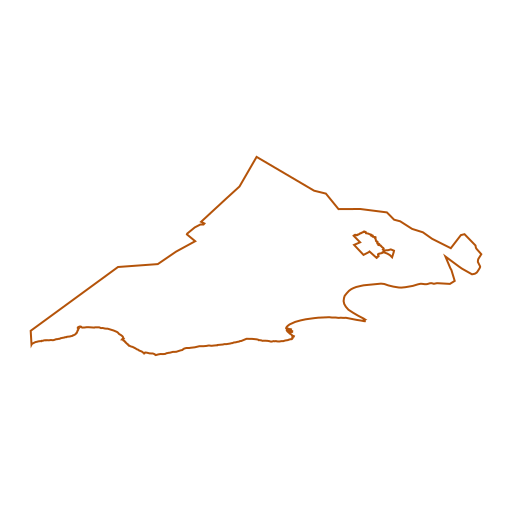 Sveitarfélagið Ölfus, Suðurland, Iceland (Natural Earth projection)
{"feature_id": "244011B93058264602287", "entity_name": "Sveitarfélagið Ölfus", "entity_type": "district", "adm_level": 2, "iso_a3": "ISL", "parent_name": "Iceland", "parent_adm1": "Suðurland", "projection": "natural_earth1", "projection_center": [-21.424, 63.983], "detail": "fine", "context": "isolated", "style": "outline", "palette": "amber", "viewbox_px": 512, "rotation_deg": 0, "n_neighbors": 0, "source": "geoboundaries", "source_scale": "gbopen_adm2", "svg_char_len": 5911}
<svg xmlns="http://www.w3.org/2000/svg" viewBox="0 0 512 512"><path d="M176.1,251.6L157.8,264.1L118.0,267.0L30.7,330.8L31.5,344.6L31.6,344.4L31.9,344.1L32.2,343.7L32.4,343.6L35.4,342.1L37.3,341.7L38.2,341.4L40.4,341.1L41.4,341.2L41.7,340.8L42.8,340.8L43.9,340.4L45.3,340.2L45.9,340.4L46.2,340.2L47.1,340.2L48.9,340.3L50.9,340.0L52.7,340.2L53.7,340.1L55.1,339.6L55.3,339.5L56.1,339.3L56.2,339.2L57.6,339.1L58.9,338.8L59.7,338.8L60.4,338.3L61.3,338.1L63.3,337.7L63.9,337.7L64.7,337.3L65.7,337.2L66.2,337.0L66.5,337.1L66.7,336.9L67.6,336.7L69.8,336.5L71.2,336.1L72.0,336.0L73.0,335.5L73.0,335.4L73.9,335.1L75.2,334.4L75.7,334.0L76.1,333.4L76.5,333.2L76.6,332.7L76.9,332.5L77.5,331.0L77.7,330.7L77.8,330.5L77.7,330.3L78.1,329.9L78.2,329.3L78.8,328.4L77.8,328.0L77.8,327.5L78.3,327.1L79.4,326.6L80.3,326.5L80.9,326.6L81.2,326.8L81.2,327.2L82.4,327.6L84.5,327.5L86.7,327.2L88.6,327.2L94.3,327.6L95.0,327.3L99.1,327.3L101.0,328.1L102.7,328.0L105.2,328.6L107.7,328.7L113.6,330.5L116.9,331.9L117.9,332.6L119.1,334.0L121.0,335.1L122.4,336.2L122.9,336.9L123.4,338.2L123.7,338.6L123.1,338.9L122.6,339.0L122.2,339.2L122.2,339.4L122.1,339.5L122.8,339.6L122.9,339.8L123.3,340.2L123.6,340.7L124.3,340.9L124.8,341.3L125.0,341.8L125.3,341.9L125.4,342.2L125.7,342.4L125.8,342.7L126.1,342.8L127.1,343.9L127.7,344.1L128.0,344.8L129.0,345.4L129.0,345.7L129.7,345.9L131.3,346.6L132.7,346.9L133.3,347.3L134.5,347.8L134.6,348.0L135.2,348.2L136.9,349.3L138.3,349.8L139.1,350.5L141.2,351.3L141.9,351.6L143.1,352.6L143.9,352.9L144.2,353.5L144.4,353.4L144.4,352.9L145.0,352.6L145.3,352.5L146.9,352.7L149.7,353.4L152.8,353.5L154.2,354.0L155.2,354.6L155.4,355.0L155.7,355.1L158.3,354.4L160.6,354.0L163.0,354.1L165.2,353.9L166.6,353.2L167.5,353.1L168.6,352.8L169.9,352.7L172.8,351.9L176.2,351.8L180.5,350.4L182.3,350.0L182.6,349.8L182.9,349.4L183.5,349.1L184.1,348.6L186.3,348.0L189.3,348.0L190.4,347.8L194.8,347.3L199.4,346.2L203.5,346.2L206.7,345.9L208.5,345.5L209.3,345.5L210.5,345.7L211.7,345.8L214.2,345.5L216.7,345.3L217.2,345.3L217.4,345.0L223.0,344.5L224.4,344.1L226.6,344.1L230.4,343.5L231.3,343.2L232.4,343.1L233.8,342.5L235.8,342.3L237.2,341.9L239.0,341.6L239.9,341.1L241.2,341.0L246.5,338.8L252.3,338.9L256.4,339.3L257.9,339.6L258.5,339.9L258.8,340.2L259.4,340.1L261.4,340.4L262.4,340.8L263.8,340.7L267.1,340.8L269.6,341.2L270.3,341.5L271.6,341.6L273.7,341.1L274.8,341.3L275.5,341.1L276.1,341.1L277.0,341.4L279.4,341.5L281.6,341.1L283.4,341.1L285.2,340.5L287.9,340.1L288.8,339.7L290.6,339.2L291.6,339.2L292.2,338.8L292.5,338.3L292.2,338.0L292.2,337.9L292.4,337.3L293.7,336.7L293.9,336.2L292.7,335.7L292.5,335.8L292.1,335.7L291.6,334.7L290.1,333.8L289.7,333.5L289.6,333.1L289.6,332.9L292.2,331.6L292.2,331.2L291.9,331.2L291.9,331.5L291.0,332.0L290.8,332.0L289.5,332.7L289.0,332.8L288.3,332.2L288.1,332.0L289.1,331.8L289.3,331.6L288.4,331.8L288.3,331.5L288.4,331.2L288.6,331.3L288.6,331.1L287.3,330.9L287.2,330.8L287.1,330.6L287.7,330.5L287.0,330.3L287.0,330.1L287.3,329.9L289.5,330.5L289.7,330.3L287.6,329.7L287.6,329.2L287.4,329.6L286.8,329.6L287.0,328.7L287.6,328.7L287.6,329.0L287.8,328.7L290.6,329.5L290.4,330.3L290.1,331.0L290.3,331.1L290.3,330.9L290.8,331.1L290.6,330.8L291.0,329.3L290.7,329.2L290.5,329.4L286.2,328.1L286.3,327.6L286.8,326.8L287.8,325.8L289.5,324.5L290.1,324.2L295.2,321.9L300.6,320.4L305.7,319.3L314.5,318.1L318.2,317.7L329.2,317.2L331.7,317.5L335.4,317.5L338.6,317.9L340.8,317.7L343.3,317.9L346.0,317.8L356.7,319.9L361.3,320.6L364.3,321.2L364.8,321.2L364.8,320.7L364.3,320.2L363.9,319.6L364.9,319.4L363.7,318.6L358.1,315.7L353.0,312.7L348.4,309.7L345.8,306.7L344.2,303.9L343.6,301.1L344.0,298.0L344.7,295.8L346.7,293.3L349.0,290.8L351.2,289.2L353.4,288.1L356.2,287.0L361.3,285.8L363.7,285.3L380.3,283.7L381.6,283.7L384.3,284.0L388.3,285.4L393.3,286.6L398.8,287.5L401.3,287.6L405.3,287.2L412.8,285.9L417.7,284.4L420.3,283.8L421.7,283.8L424.9,284.2L426.2,284.2L427.1,284.1L428.2,283.8L429.8,283.3L430.8,283.2L431.7,283.2L433.9,283.8L436.8,283.2L437.7,283.2L449.9,283.9L454.7,280.9L451.4,270.0L450.3,268.1L445.4,256.5L458.9,266.5L461.9,268.6L472.0,274.3L474.6,273.8L475.3,273.5L476.8,272.5L478.0,270.8L479.6,268.2L480.1,267.1L480.1,266.4L477.9,262.0L477.9,261.2L478.0,260.1L478.3,259.0L481.3,254.2L477.1,249.5L476.2,248.4L475.8,247.3L475.5,245.5L464.5,234.2L460.9,235.1L450.8,248.2L432.1,238.8L422.9,232.3L412.1,228.9L400.2,221.3L394.1,219.7L386.9,212.4L360.3,209.0L338.5,209.1L325.9,193.6L314.1,190.7L256.6,156.9L239.5,186.5L226.2,198.6L201.1,221.8L204.4,223.5L203.5,224.5L200.4,224.5L194.8,227.4L187.2,233.6L186.9,234.4L195.2,241.2L176.1,251.6ZM364.9,232.0L365.6,231.9L365.8,232.2L366.0,233.2L368.3,233.6L369.5,234.2L370.8,234.5L371.0,234.6L370.8,235.1L370.8,235.3L371.2,235.7L372.3,235.4L372.7,235.5L372.8,235.6L372.8,235.8L372.4,236.1L372.3,236.3L372.7,236.7L374.2,237.0L375.0,237.0L375.5,237.2L375.5,237.4L375.1,238.1L375.5,238.3L375.4,238.7L375.6,239.1L375.6,239.3L375.9,239.9L375.9,240.7L376.1,241.1L376.5,241.4L377.2,241.5L377.5,241.8L377.6,242.0L377.2,242.3L377.2,242.9L377.3,243.4L377.7,243.9L378.9,243.8L379.2,244.0L379.4,244.3L378.9,245.1L379.7,245.2L380.8,245.6L381.0,246.1L381.4,246.3L381.9,247.0L383.3,248.0L383.7,248.6L383.7,248.8L383.0,249.5L383.6,250.0L383.5,250.3L383.9,250.7L383.9,251.0L385.8,250.3L388.1,250.2L390.8,249.4L394.0,250.7L393.7,252.2L392.1,257.3L389.9,255.1L387.3,253.6L383.1,252.0L382.5,252.3L382.5,252.8L381.4,253.2L378.9,253.7L378.0,254.3L378.0,254.6L378.4,254.8L378.2,255.3L378.5,255.8L378.6,256.2L378.2,256.6L377.6,256.9L376.9,257.0L376.9,257.7L376.6,257.9L369.5,251.5L368.7,252.2L363.5,254.9L354.1,244.9L360.1,242.3L353.6,235.7L353.8,235.5L354.4,235.4L354.8,234.9L355.0,234.8L356.1,234.9L356.2,235.2L356.5,235.3L357.4,235.1L358.1,234.4L358.6,234.5L359.1,234.1L359.7,233.9L359.9,233.5L360.7,233.1L361.4,233.1L361.6,233.0L361.8,232.7L362.1,232.5L363.0,232.2L363.6,232.1L363.6,231.7L363.9,231.5L364.4,231.5L364.9,232.0Z" fill="none" stroke="#b45309" stroke-width="2"/></svg>